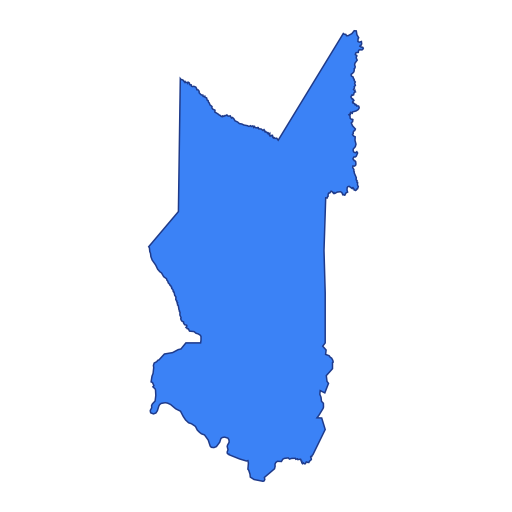 the district of Chibuto, Gaza, Mozambique
{"feature_id": "85939544B98651386750815", "entity_name": "Chibuto", "entity_type": "district", "adm_level": 2, "iso_a3": "MOZ", "parent_name": "Mozambique", "parent_adm1": "Gaza", "projection": "natural_earth1", "projection_center": [33.631, -24.266], "detail": "fine", "context": "isolated", "style": "filled", "palette": "blue", "viewbox_px": 512, "rotation_deg": 0, "n_neighbors": 0, "source": "geoboundaries", "source_scale": "gbopen_adm2", "svg_char_len": 6031}
<svg xmlns="http://www.w3.org/2000/svg" viewBox="0 0 512 512"><path d="M358.3,186.6L357.5,185.0L357.6,182.4L356.9,182.1L357.0,180.5L356.5,180.3L356.1,179.4L356.3,177.7L354.2,172.8L354.3,171.9L353.8,171.2L353.9,169.6L352.7,167.6L352.9,166.0L354.4,166.1L355.2,165.6L355.8,164.9L355.9,163.7L355.7,161.7L355.1,160.9L354.2,160.7L353.8,159.8L353.2,159.5L353.0,158.5L353.9,157.0L355.4,156.9L356.3,156.1L357.6,153.0L356.8,151.7L355.6,152.7L354.3,152.4L353.5,151.7L353.1,150.2L353.3,149.0L355.3,146.7L356.0,144.2L355.0,140.3L355.2,136.8L353.7,136.1L352.5,134.6L353.3,133.4L353.1,132.6L353.7,131.1L354.7,130.6L355.4,129.0L352.5,125.8L351.4,123.3L351.4,122.7L352.6,121.7L352.9,119.6L352.6,119.3L351.7,119.5L350.2,118.3L350.0,116.1L348.9,114.7L349.5,114.3L350.1,114.9L350.6,113.8L350.3,113.2L350.6,112.4L352.3,113.2L352.4,112.0L356.2,110.9L358.3,109.5L359.2,107.9L358.8,106.3L358.1,105.9L356.7,106.0L356.5,105.0L355.8,105.0L355.6,104.4L355.0,104.7L354.4,103.6L353.0,103.1L352.8,102.7L353.1,102.3L352.6,102.2L352.7,101.3L353.9,100.4L353.1,99.2L352.3,99.2L352.3,98.6L351.4,98.0L350.9,96.8L351.9,95.0L352.6,95.3L353.3,94.5L353.6,94.7L354.2,92.5L355.4,91.9L354.9,91.4L355.0,90.3L354.4,90.4L353.5,89.4L354.5,88.0L354.2,86.8L355.4,85.4L354.6,83.2L355.3,82.0L354.1,80.3L354.2,79.3L353.5,78.6L353.1,77.0L351.4,76.0L351.1,74.8L351.4,74.0L352.3,73.6L353.9,71.8L354.3,69.8L354.1,68.9L355.0,67.9L355.2,66.5L354.6,65.0L354.9,63.3L357.2,60.1L356.3,58.2L356.3,56.8L356.9,56.0L356.8,55.5L355.4,54.7L355.3,54.2L356.1,52.6L358.3,52.4L358.5,50.8L359.3,49.8L362.0,49.9L362.9,49.2L363.3,48.2L362.7,47.3L361.1,47.1L360.5,46.2L359.9,46.2L360.2,45.4L361.1,45.2L361.7,43.9L361.4,41.5L359.3,42.2L357.9,41.5L358.1,38.7L358.7,37.8L356.9,34.7L356.3,30.9L354.2,30.7L351.9,33.6L348.1,35.7L346.5,35.7L345.8,34.4L344.2,34.2L343.3,33.5L278.2,140.2L276.7,138.2L274.9,138.4L274.3,137.7L273.5,138.0L273.4,137.3L272.2,137.1L272.8,136.9L272.5,135.6L272.1,136.0L271.5,135.4L270.1,136.1L269.4,134.9L269.9,134.2L269.8,133.5L269.4,134.0L268.2,133.8L268.4,133.2L268.1,132.7L267.3,132.9L266.8,132.2L265.9,132.1L265.7,131.6L264.9,131.7L264.7,130.6L264.0,129.6L263.0,130.5L261.2,129.0L258.7,128.8L258.4,127.8L257.9,128.0L257.7,127.5L256.1,127.9L254.8,127.2L254.5,126.3L253.6,126.5L253.5,127.0L252.8,125.9L251.3,126.5L250.6,125.7L249.4,126.3L248.4,126.3L247.6,125.7L243.8,125.0L241.9,124.0L239.4,123.6L237.6,122.0L235.0,120.8L233.8,118.7L232.5,117.5L231.5,118.0L230.2,115.8L228.9,116.2L227.6,115.8L226.9,114.9L225.7,115.7L225.0,115.5L223.9,116.4L223.3,116.4L222.9,115.8L222.3,116.0L222.1,116.7L221.0,116.3L220.1,115.3L219.4,115.2L218.5,114.3L214.8,112.0L215.0,110.2L212.6,109.0L211.9,107.8L212.0,106.5L209.9,104.8L209.3,103.0L208.5,102.2L208.1,100.5L207.2,100.2L206.6,97.9L205.1,97.3L204.8,96.2L204.1,96.6L203.1,96.4L203.0,95.2L201.2,94.8L200.5,94.2L199.2,92.8L199.1,91.2L198.1,89.9L196.8,89.7L196.8,89.0L195.8,87.1L193.8,86.3L192.3,86.6L191.4,86.1L191.3,84.9L189.6,84.6L189.5,83.3L189.1,82.7L188.2,82.2L187.7,83.2L187.3,82.4L185.0,82.5L185.1,81.5L184.1,81.6L183.3,80.3L181.9,79.6L181.1,79.6L180.3,78.6L178.4,211.6L148.7,246.7L149.4,247.8L149.8,251.6L150.5,253.4L150.9,256.7L152.2,260.1L155.7,265.1L157.7,269.3L159.9,271.8L161.5,272.9L163.7,276.7L166.5,278.7L166.9,280.2L167.8,281.2L168.2,282.8L169.9,284.6L170.0,285.4L170.9,285.9L171.1,286.8L171.7,287.2L171.7,288.5L172.9,289.6L173.2,291.4L173.6,291.4L173.7,292.1L174.1,292.3L174.7,295.3L175.9,297.0L175.8,299.8L176.7,300.6L176.6,301.3L177.5,302.6L177.1,302.9L177.8,304.8L177.6,305.0L178.3,305.7L179.0,309.9L179.5,310.7L179.4,311.5L180.0,312.2L179.9,315.0L181.1,317.8L180.7,318.8L181.2,320.1L182.0,321.2L183.6,322.0L183.6,323.1L184.6,324.7L186.6,325.2L186.9,326.0L186.0,327.5L186.7,327.7L187.2,328.7L188.3,328.8L189.5,331.1L194.1,331.6L195.9,333.2L198.2,333.9L200.4,335.3L201.0,336.6L201.0,340.2L200.6,342.9L185.9,342.9L180.9,349.0L178.2,349.6L172.6,352.6L164.4,354.0L159.0,359.9L157.8,360.3L156.7,361.7L154.2,363.0L153.4,365.4L153.7,367.7L153.1,373.3L152.0,376.2L151.1,381.9L152.5,382.5L153.9,385.7L152.9,386.8L155.1,388.9L155.5,389.9L155.8,395.5L155.1,401.0L152.4,403.9L151.6,405.5L151.7,407.8L150.3,410.4L150.4,411.9L150.8,412.9L153.5,413.9L155.9,413.0L157.4,410.7L158.9,405.8L159.7,404.5L161.2,403.4L165.2,402.7L167.5,403.1L170.6,404.5L175.7,408.8L180.5,411.2L183.2,416.4L185.6,420.0L188.6,422.8L191.4,423.7L194.9,426.0L195.6,426.7L197.3,430.1L199.4,432.2L201.4,433.8L204.5,434.9L208.2,440.0L210.2,446.1L211.3,447.3L213.9,447.6L216.4,446.6L219.7,442.2L220.9,438.5L222.3,437.5L224.6,437.1L227.9,438.1L228.9,439.7L229.1,441.3L229.1,442.3L227.5,445.2L227.2,446.5L228.0,449.8L227.2,451.9L227.2,453.1L228.1,454.1L229.0,454.2L229.0,454.7L239.7,459.0L246.4,461.0L247.9,460.6L248.4,463.2L247.9,469.2L248.7,470.2L250.0,474.2L250.3,477.1L254.0,479.5L263.0,481.3L264.1,480.9L264.8,479.5L264.4,477.4L274.5,468.8L275.1,466.4L275.0,464.2L275.8,462.5L277.4,461.3L281.4,461.5L282.8,459.2L284.3,458.4L288.2,457.9L289.5,459.1L291.5,458.4L295.3,458.3L295.8,459.3L297.4,458.8L297.8,459.6L300.5,459.2L300.8,459.4L301.0,460.9L301.9,461.3L301.7,462.6L302.5,463.7L303.4,462.9L304.3,463.8L305.4,463.7L306.2,462.0L306.7,461.9L307.5,462.4L308.8,462.5L309.6,461.1L311.2,459.7L311.4,459.1L310.6,456.9L310.9,456.4L311.8,456.5L312.2,455.3L312.9,454.7L325.2,429.5L321.7,418.0L317.0,417.8L318.9,415.3L323.1,408.4L323.5,407.1L323.4,403.3L321.5,401.3L321.0,397.2L319.8,394.2L320.2,390.6L324.8,392.9L328.5,383.4L327.0,381.4L326.3,375.6L332.5,368.7L332.5,362.6L333.2,362.1L332.8,360.3L331.6,358.1L330.3,357.3L329.1,355.7L325.6,354.4L326.1,350.0L322.7,346.2L325.2,342.9L325.2,292.9L324.0,250.5L325.7,197.8L327.2,198.0L327.6,196.7L328.1,196.3L328.1,194.4L328.6,193.1L329.7,193.0L331.1,191.2L332.1,191.6L333.5,193.3L334.0,192.6L334.7,193.5L337.2,192.1L340.5,191.7L341.9,192.7L342.8,194.8L343.6,194.5L344.1,195.1L344.8,195.2L346.0,192.9L347.6,192.1L347.0,190.0L347.2,187.5L347.8,186.7L349.1,186.3L352.1,188.5L352.3,187.8L352.9,187.6L354.1,189.3L354.0,189.8L355.5,190.5L356.4,189.9L356.6,189.1L357.5,188.9L358.3,186.6Z" fill="#3b82f6" stroke="#1e3a8a" stroke-width="1.5"/></svg>